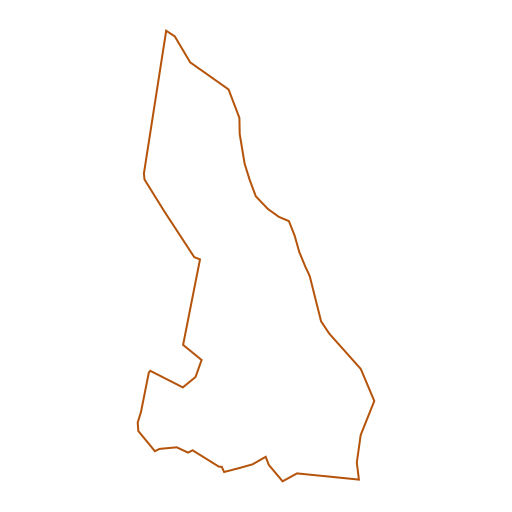 the district of Oron, Cross River, Nigeria
{"feature_id": "59680162B48458945930175", "entity_name": "Oron", "entity_type": "district", "adm_level": 2, "iso_a3": "NGA", "parent_name": "Nigeria", "parent_adm1": "Cross River", "projection": "equal_earth", "projection_center": [8.234, 4.863], "detail": "fine", "context": "isolated", "style": "outline", "palette": "amber", "viewbox_px": 512, "rotation_deg": 0, "n_neighbors": 0, "source": "geoboundaries", "source_scale": "gbopen_adm2", "svg_char_len": 818}
<svg xmlns="http://www.w3.org/2000/svg" viewBox="0 0 512 512"><path d="M358.9,479.6L356.8,462.5L360.7,435.0L374.3,401.0L360.8,369.0L329.4,333.8L321.1,321.4L309.8,276.4L308.2,272.7L305.6,267.3L299.3,252.1L294.6,235.5L288.9,221.1L278.9,216.9L267.8,208.9L255.8,196.3L249.5,179.4L244.6,163.6L239.7,134.0L239.4,117.9L228.6,89.5L214.8,79.7L190.2,62.4L174.8,36.4L166.2,30.7L143.9,173.5L144.5,179.5L164.0,210.9L194.2,257.1L200.0,259.4L183.1,344.9L201.6,360.0L195.6,376.8L195.4,377.1L182.8,387.4L150.6,371.0L150.3,370.8L148.8,372.7L141.0,411.9L137.7,422.6L138.3,431.0L154.9,451.2L159.5,448.9L176.7,447.3L188.0,452.6L192.6,450.3L218.8,466.6L221.9,466.9L222.2,467.8L224.1,472.0L240.2,467.8L252.4,464.4L265.7,456.8L268.8,464.9L274.5,471.7L282.6,481.3L297.0,473.4L358.9,479.6Z" fill="none" stroke="#b45309" stroke-width="2"/></svg>